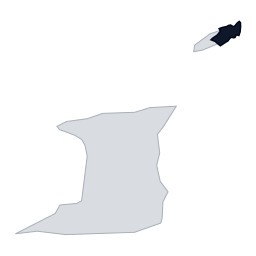 Eastern Tobago highlighted on a map of Trinidad and Tobago
{"feature_id": "TTO-50", "entity_name": "Eastern Tobago", "entity_type": "Region", "adm_level": 1, "iso_a3": "TTO", "parent_name": "Trinidad and Tobago", "parent_adm1": "", "projection": "mercator", "projection_center": [-60.599, 11.278], "detail": "fine", "context": "in_parent", "style": "filled", "palette": "ink", "viewbox_px": 256, "rotation_deg": 0, "n_neighbors": 0, "source": "natural_earth", "source_scale": "10m", "svg_char_len": 980}
<svg xmlns="http://www.w3.org/2000/svg" viewBox="0 0 256 256"><path d="M160.9,223.0L134.5,232.3L65.7,234.6L37.2,231.2L15.4,233.8L55.2,213.5L59.9,205.0L76.8,203.4L81.6,200.8L87.2,156.1L85.0,145.4L81.7,139.5L74.8,135.3L59.4,129.5L56.9,126.4L66.5,121.5L87.2,118.7L102.6,113.4L134.6,112.3L150.1,107.6L176.3,106.2L163.4,126.7L157.4,134.4L159.7,152.9L156.7,165.5L160.2,181.3L168.0,191.8L162.9,202.0L162.2,217.5L160.9,223.0ZM202.5,50.1L193.7,51.7L194.7,45.1L210.2,33.7L234.0,26.0L240.1,25.7L236.7,35.9L202.5,50.1Z" fill="#d9dde1" stroke="#a8b0b8" stroke-width="1"/><path d="M219.1,28.6L222.1,27.5L226.7,26.5L228.6,25.4L230.6,25.0L233.2,26.6L234.4,26.4L237.5,22.7L239.3,21.4L240.5,22.7L240.6,26.8L240.1,31.9L238.9,35.5L237.0,35.0L236.0,35.0L235.0,37.5L233.6,37.8L232.0,37.3L230.4,37.3L230.1,38.0L227.6,41.3L227.0,41.4L223.3,43.8L222.1,44.7L220.3,45.8L217.4,43.4L215.1,41.4L211.0,39.8L212.6,38.2L217.1,35.2L220.3,31.3L219.1,28.6Z" fill="#0f172a" stroke="#020617" stroke-width="1.5"/></svg>